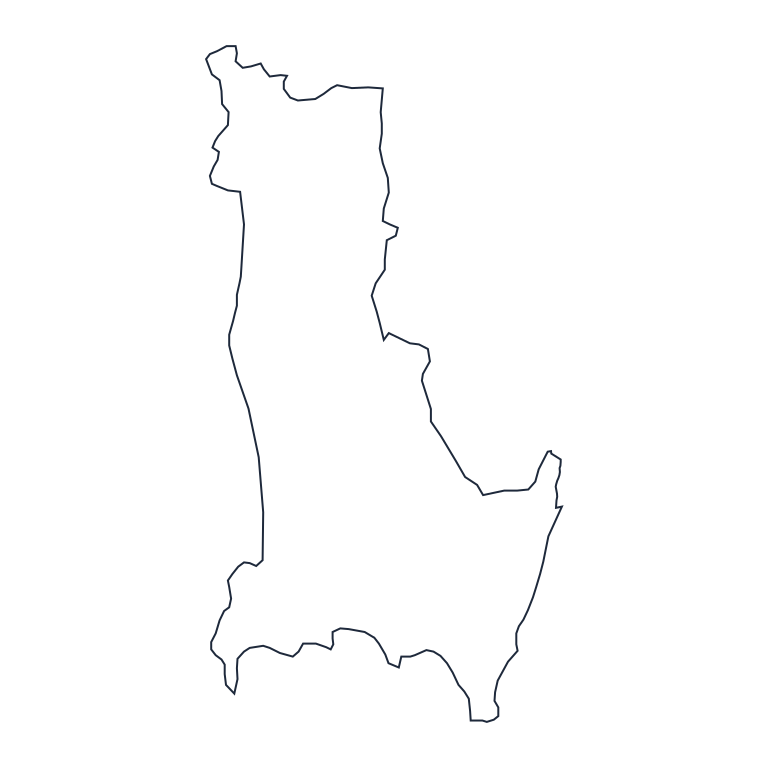 Barat Daya, Pulau Pinang, Malaysia (Robinson projection)
{"feature_id": "92858781B94521596565323", "entity_name": "Barat Daya", "entity_type": "district", "adm_level": 2, "iso_a3": "MYS", "parent_name": "Malaysia", "parent_adm1": "Pulau Pinang", "projection": "robinson", "projection_center": [100.233, 5.367], "detail": "fine", "context": "isolated", "style": "outline", "palette": "slate", "viewbox_px": 768, "rotation_deg": 0, "n_neighbors": 0, "source": "geoboundaries", "source_scale": "gbopen_adm2", "svg_char_len": 2439}
<svg xmlns="http://www.w3.org/2000/svg" viewBox="0 0 768 768"><path d="M561.9,506.6L556.0,507.8L556.5,500.4L557.2,496.8L557.0,493.7L555.7,486.7L556.2,484.2L557.2,480.8L558.4,478.1L559.4,475.1L559.9,472.0L559.6,468.1L560.4,465.8L560.7,462.0L560.7,459.5L551.3,453.6L551.0,451.1L547.7,451.7L538.7,469.3L535.3,481.6L528.3,489.5L517.2,490.6L504.2,490.6L483.1,495.1L477.1,484.9L465.1,477.0L456.0,461.2L441.0,436.2L430.9,421.5L430.9,409.0L421.9,380.7L422.9,373.9L429.9,361.4L427.9,349.0L418.9,344.4L409.9,343.3L388.8,333.1L383.8,339.9L379.7,322.9L376.7,311.6L371.7,295.7L375.7,283.3L384.8,269.7L384.8,259.5L386.8,240.2L395.8,235.7L397.8,227.8L389.8,224.4L382.8,221.0L383.8,208.5L388.8,192.6L387.8,177.9L382.8,163.2L379.7,148.4L381.8,133.7L381.8,123.5L380.7,112.2L382.8,88.4L368.6,87.4L367.8,87.4L351.9,88.1L337.1,85.2L331.3,88.1L323.6,93.9L315.3,99.0L297.9,100.5L290.2,97.6L283.8,88.9L283.8,81.6L287.0,75.8L280.6,75.1L269.7,76.5L263.9,69.3L260.7,63.5L251.0,66.4L242.7,67.8L235.6,61.3L236.9,53.3L235.6,46.1L226.6,46.1L217.0,51.2L209.9,54.1L206.1,59.1L211.9,74.4L219.6,80.2L221.5,91.0L222.1,104.1L228.6,112.1L227.9,125.1L218.3,136.0L215.1,141.1L212.5,147.6L218.9,151.9L217.6,159.9L213.8,166.4L209.9,175.9L211.9,183.8L217.0,186.0L227.9,190.4L240.1,191.8L244.0,224.4L241.4,267.2L240.8,276.7L239.5,283.2L236.9,294.8L236.9,305.7L235.0,312.9L233.1,320.9L229.2,334.7L229.2,345.5L232.4,358.6L236.9,375.3L248.5,408.6L258.7,457.2L263.2,512.3L262.6,560.2L256.2,566.0L249.7,563.1L244.0,562.4L238.2,566.7L232.4,574.0L227.9,580.5L229.2,587.0L231.1,598.6L229.2,607.3L224.1,611.0L219.6,620.4L215.7,633.4L211.2,642.1L211.2,649.4L215.7,655.2L221.5,659.5L224.7,664.6L224.7,674.1L226.0,684.9L234.3,693.6L237.5,679.1L236.9,668.2L237.5,658.8L244.0,651.6L249.7,647.9L263.2,645.8L269.7,647.9L279.9,653.0L292.8,656.6L298.6,651.6L303.1,643.6L315.9,643.6L326.2,647.2L330.7,649.4L333.3,644.3L332.6,638.5L332.6,632.0L340.3,628.4L348.7,629.1L364.7,632.0L374.4,637.8L378.9,643.6L385.3,654.5L388.5,663.2L398.8,667.5L401.3,656.6L410.3,656.6L414.8,655.2L426.4,650.1L433.5,651.6L440.5,655.9L447.0,663.2L452.7,672.6L458.5,684.9L464.3,691.5L468.8,698.7L470.1,711.0L470.7,720.5L482.3,720.5L486.8,721.9L493.8,719.7L498.3,716.1L498.3,707.4L494.5,700.9L495.1,692.2L497.7,680.6L508.0,661.7L517.6,650.8L516.3,644.3L516.3,633.4L518.9,626.2L523.4,619.7L527.9,610.2L533.0,597.2L536.2,587.0L540.1,574.0L543.3,561.6L548.4,536.3L561.9,506.6Z" fill="none" stroke="#1e293b" stroke-width="2"/></svg>